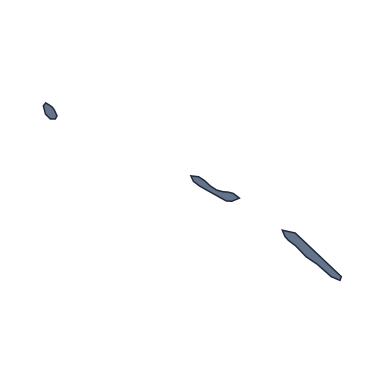 map outline of Black Point (Mercator projection), rotated 337°
{"feature_id": "BHS-5023", "entity_name": "Black Point", "entity_type": "District", "adm_level": 1, "iso_a3": "BHS", "parent_name": "The Bahamas", "parent_adm1": "", "projection": "mercator", "projection_center": [-76.539, 24.263], "detail": "fine", "context": "isolated", "style": "filled", "palette": "slate", "viewbox_px": 384, "rotation_deg": 337, "n_neighbors": 0, "source": "natural_earth", "source_scale": "10m", "svg_char_len": 573}
<svg xmlns="http://www.w3.org/2000/svg" viewBox="0 0 384 384"><g transform="rotate(337 192 192)"><path d="M293.7,331.2L287.1,324.4L279.0,307.4L271.8,296.4L266.4,282.1L261.9,274.3L260.2,269.3L260.2,262.4L271.0,270.1L296.4,328.3L293.7,331.2ZM233.2,216.1L225.0,216.1L220.0,213.6L201.5,189.8L197.5,182.8L197.3,176.7L204.1,180.6L208.1,186.6L211.1,193.4L215.3,199.7L220.5,203.8L225.2,206.2L229.4,209.4L233.2,216.1ZM96.7,59.7L97.3,63.0L97.5,69.1L94.7,71.4L90.1,69.4L87.6,63.1L88.8,54.6L92.2,52.8L95.3,57.2L96.7,59.7Z" fill="#64748b" stroke="#1e293b" stroke-width="1.5"/></g></svg>